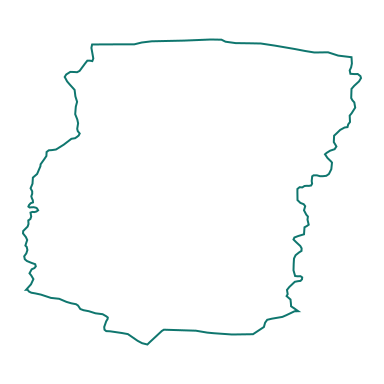 outline of San Jacinto, Canelones, Uruguay
{"feature_id": "84410073B72021861156852", "entity_name": "San Jacinto", "entity_type": "district", "adm_level": 2, "iso_a3": "URY", "parent_name": "Uruguay", "parent_adm1": "Canelones", "projection": "robinson", "projection_center": [-55.825, -34.536], "detail": "fine", "context": "isolated", "style": "outline", "palette": "teal", "viewbox_px": 384, "rotation_deg": 0, "n_neighbors": 0, "source": "geoboundaries", "source_scale": "gbopen_adm2", "svg_char_len": 2959}
<svg xmlns="http://www.w3.org/2000/svg" viewBox="0 0 384 384"><path d="M213.5,333.2L232.0,334.5L253.0,334.2L263.9,327.0L265.1,322.7L267.2,319.8L271.8,318.7L282.4,316.9L286.3,315.2L294.5,311.3L298.2,311.2L295.1,309.0L291.1,306.3L290.9,303.3L290.5,299.5L286.6,296.1L287.7,294.1L287.3,291.9L287.0,289.9L289.3,287.0L294.8,281.8L297.8,281.2L300.5,280.9L302.0,279.3L302.2,277.4L300.5,276.2L297.6,276.3L295.1,276.0L293.5,270.3L293.7,263.7L294.0,258.5L295.6,255.2L299.1,252.4L301.5,250.9L301.6,248.3L300.3,246.0L296.2,242.2L293.5,239.5L294.4,237.5L298.3,236.0L304.0,234.3L304.5,227.3L306.9,226.0L308.7,224.7L307.5,219.7L307.9,216.5L306.3,214.7L304.0,210.3L305.2,206.2L303.7,204.2L300.4,202.9L297.5,200.1L297.4,192.0L297.4,189.0L299.6,187.2L302.3,187.4L304.5,186.0L306.9,185.8L308.8,185.9L311.1,185.5L312.1,183.7L311.7,181.0L312.2,176.3L313.6,175.3L316.8,175.3L320.0,176.2L322.9,176.2L326.3,175.8L328.9,174.0L331.3,169.2L332.0,162.6L331.0,161.4L327.5,158.0L325.0,154.3L326.6,152.9L330.1,150.7L334.6,149.2L336.4,146.5L335.4,144.7L333.8,142.1L334.1,135.7L336.8,133.2L340.2,129.9L344.6,127.5L347.5,127.1L348.2,124.4L350.0,122.0L349.7,115.6L351.6,113.3L355.2,107.6L354.3,102.4L352.5,100.4L351.2,98.1L351.5,88.9L354.1,85.9L359.0,81.4L361.0,78.1L360.4,76.1L357.7,74.0L354.8,74.1L350.4,73.8L349.7,70.4L351.1,67.4L351.9,63.5L351.5,57.2L338.2,55.6L328.0,52.3L314.4,52.5L305.2,51.0L294.7,49.0L274.8,45.6L260.8,43.5L250.3,43.3L235.6,43.1L225.5,41.7L221.5,39.7L210.8,39.5L184.1,40.6L151.7,41.3L141.8,42.5L134.4,44.3L102.6,44.4L92.1,44.5L91.4,47.9L92.2,52.3L93.3,58.5L92.3,61.1L90.1,60.7L87.3,60.7L85.0,63.6L79.6,70.9L77.1,72.2L74.1,72.0L70.3,71.9L66.2,74.5L64.7,77.0L65.4,78.2L67.1,81.4L69.4,84.1L74.6,89.9L75.4,96.4L77.1,101.8L75.8,106.7L75.2,114.2L77.3,119.5L78.1,123.3L77.2,128.9L77.8,131.2L79.7,133.5L78.7,135.5L77.1,136.8L75.1,138.2L71.4,138.8L63.7,144.7L56.0,149.5L51.9,150.1L48.8,150.3L46.6,152.0L46.4,156.0L44.1,159.4L40.6,164.3L40.4,166.3L39.1,169.3L37.1,174.0L32.9,177.6L32.5,183.7L30.6,188.3L32.2,191.3L32.2,193.8L31.3,196.3L31.9,198.3L32.8,200.2L33.0,202.4L30.7,203.2L29.0,205.1L28.4,206.6L29.6,207.5L31.4,207.3L33.7,207.2L35.9,207.7L37.0,208.4L38.1,210.3L36.5,211.5L34.4,212.1L32.4,211.9L30.5,212.6L30.8,214.3L31.2,216.6L30.3,219.1L28.3,220.4L28.5,224.0L27.6,226.6L23.2,231.0L23.0,233.4L25.9,237.1L27.2,240.0L26.2,243.0L25.4,245.6L26.7,246.9L27.4,250.0L26.3,253.4L24.2,256.3L24.8,259.2L26.9,261.0L31.5,262.9L35.2,264.2L35.8,266.4L34.4,268.1L31.7,269.3L29.5,273.3L31.2,275.4L33.4,279.1L31.0,284.3L26.1,289.8L27.6,289.8L28.9,291.5L31.3,292.7L35.3,293.4L40.9,294.6L50.9,297.9L59.2,298.8L66.5,301.9L71.3,303.3L76.0,304.2L78.0,305.5L80.3,309.0L83.5,310.2L88.8,311.2L95.5,313.3L102.6,314.2L106.3,316.3L107.8,317.5L107.6,319.0L106.2,321.3L104.2,327.0L104.5,329.7L106.2,331.1L110.1,331.3L121.8,333.0L127.9,334.1L137.6,340.8L142.1,343.2L147.4,344.5L149.4,342.5L161.9,330.9L163.9,329.7L195.9,330.7L207.2,332.6L213.5,333.2Z" fill="none" stroke="#0f766e" stroke-width="2"/></svg>